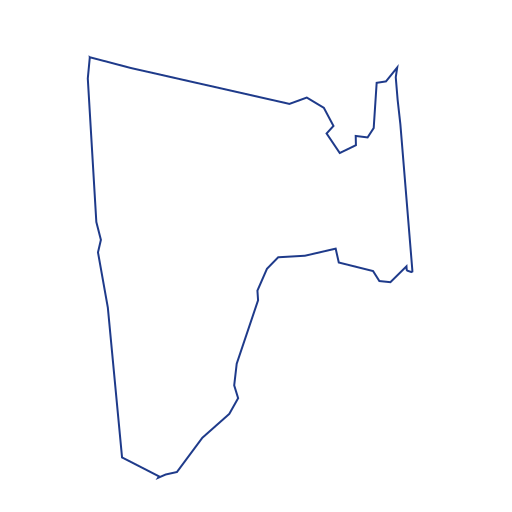 Hertford, North Carolina, United States of America (Albers equal-area conic projection), rotated 85°
{"feature_id": "52423323B21555121079401", "entity_name": "Hertford", "entity_type": "district", "adm_level": 2, "iso_a3": "USA", "parent_name": "United States of America", "parent_adm1": "North Carolina", "projection": "albers", "projection_center": [-76.982, 36.392], "detail": "fine", "context": "isolated", "style": "outline", "palette": "blue", "viewbox_px": 512, "rotation_deg": 85, "n_neighbors": 0, "source": "geoboundaries", "source_scale": "gbopen_adm2", "svg_char_len": 813}
<svg xmlns="http://www.w3.org/2000/svg" viewBox="0 0 512 512"><g transform="rotate(85 256 256)"><path d="M445.0,407.0L467.1,371.8L468.4,372.8L465.8,365.0L464.3,353.6L432.4,325.3L411.0,296.4L396.1,286.2L383.0,289.0L361.6,284.6L300.3,257.8L290.6,257.6L269.7,246.2L259.2,234.0L260.0,207.2L255.6,176.0L269.7,174.1L281.2,140.7L291.7,135.3L293.8,124.4L279.4,107.0L282.9,107.1L283.8,106.5L285.5,102.7L285.1,101.6L283.8,101.5L137.3,100.7L112.9,101.3L90.1,101.2L80.5,98.9L93.4,111.3L94.0,120.7L138.8,127.6L147.6,134.5L145.1,146.2L154.3,146.8L160.7,163.6L140.1,175.0L133.2,167.5L114.3,175.5L102.6,191.6L107.4,209.5L106.4,212.5L58.3,362.8L57.6,364.9L43.6,404.0L43.9,404.1L43.7,404.3L43.9,404.3L64.5,408.1L208.2,412.1L226.4,409.1L238.6,413.1L294.5,408.1L445.0,407.0Z" fill="none" stroke="#1e3a8a" stroke-width="2"/></g></svg>